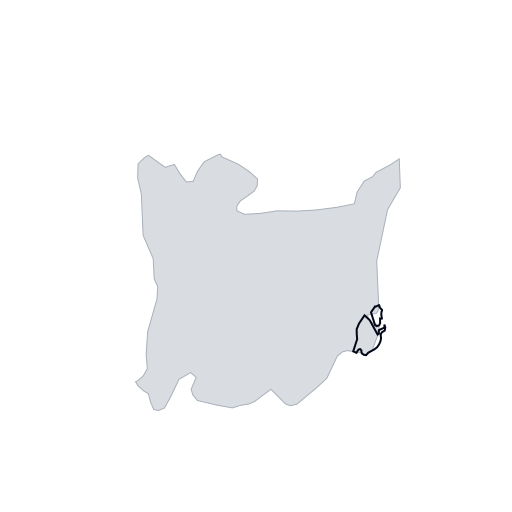 location of Herceg Novi within Montenegro, rotated 234°
{"feature_id": "MNE-1506", "entity_name": "Herceg Novi", "entity_type": "Municipality", "adm_level": 1, "iso_a3": "MNE", "parent_name": "Montenegro", "parent_adm1": "", "projection": "orthographic", "projection_center": [18.544, 42.482], "detail": "coarse", "context": "in_parent", "style": "outline", "palette": "ink", "viewbox_px": 512, "rotation_deg": 234, "n_neighbors": 0, "source": "natural_earth", "source_scale": "10m", "svg_char_len": 1922}
<svg xmlns="http://www.w3.org/2000/svg" viewBox="0 0 512 512"><g transform="rotate(234 256 256)"><path d="M225.0,84.6L224.6,87.2L225.4,94.6L228.8,101.9L240.8,109.2L258.4,123.8L279.4,150.6L289.0,158.5L297.5,160.3L314.3,171.3L326.0,173.9L339.1,176.8L373.4,199.6L388.7,206.1L399.8,214.7L401.1,223.0L400.7,228.2L381.2,234.6L378.0,243.8L368.4,242.9L356.9,243.1L353.3,248.9L358.9,258.4L362.7,269.6L360.1,285.1L359.2,287.1L356.4,286.6L340.3,295.8L328.2,300.2L317.4,302.5L312.1,298.3L309.5,292.5L309.7,275.5L307.7,269.9L303.9,267.1L296.5,271.2L288.0,284.4L280.1,299.7L268.1,315.7L258.3,331.0L247.7,350.3L240.4,366.3L248.2,375.2L253.0,387.6L251.6,396.9L253.1,402.4L250.8,418.7L250.4,429.0L226.3,412.8L216.2,389.7L181.0,350.7L140.9,324.2L138.8,320.0L141.0,314.9L142.9,310.8L134.6,310.5L128.8,313.8L123.3,312.9L117.0,302.9L111.2,294.2L110.9,286.6L113.6,285.6L117.6,282.6L125.9,274.1L127.6,269.6L127.2,262.9L115.5,241.5L113.8,227.7L112.1,201.9L114.6,195.9L118.9,192.9L139.4,189.7L139.1,169.6L140.3,163.6L144.4,155.3L147.0,147.6L158.3,136.7L173.6,123.6L180.3,123.2L186.2,125.0L192.9,136.2L200.1,134.7L201.5,121.2L192.0,103.7L186.8,92.4L188.4,86.2L191.9,83.0L200.0,84.9L207.8,88.0L212.7,85.9L220.5,84.2L225.0,84.6Z" fill="#d9dde1" stroke="#a8b0b8" stroke-width="1"/><path d="M120.0,316.3L120.3,313.2L119.5,310.9L115.7,308.6L113.7,306.3L112.1,303.5L111.0,300.3L110.9,296.7L111.8,290.1L111.1,286.7L112.6,285.2L114.4,284.5L116.1,284.7L117.8,285.8L119.4,285.6L120.0,284.3L119.6,282.4L118.6,280.4L121.7,278.6L129.3,289.0L133.3,291.4L137.6,294.4L140.9,299.8L144.2,308.9L137.2,310.3L121.0,308.2L121.0,309.7L123.8,311.8L122.6,317.8L125.1,319.6L122.2,318.6L120.0,316.3ZM144.8,322.4L144.0,326.6L143.0,326.6L141.8,325.8L138.4,326.3L137.8,325.9L137.0,324.6L135.1,323.0L131.4,321.1L131.8,320.2L132.5,319.6L128.7,316.9L127.5,314.8L128.3,312.4L130.2,311.7L142.8,315.9L145.1,322.4L144.8,322.4Z" fill="none" stroke="#020617" stroke-width="2"/></g></svg>